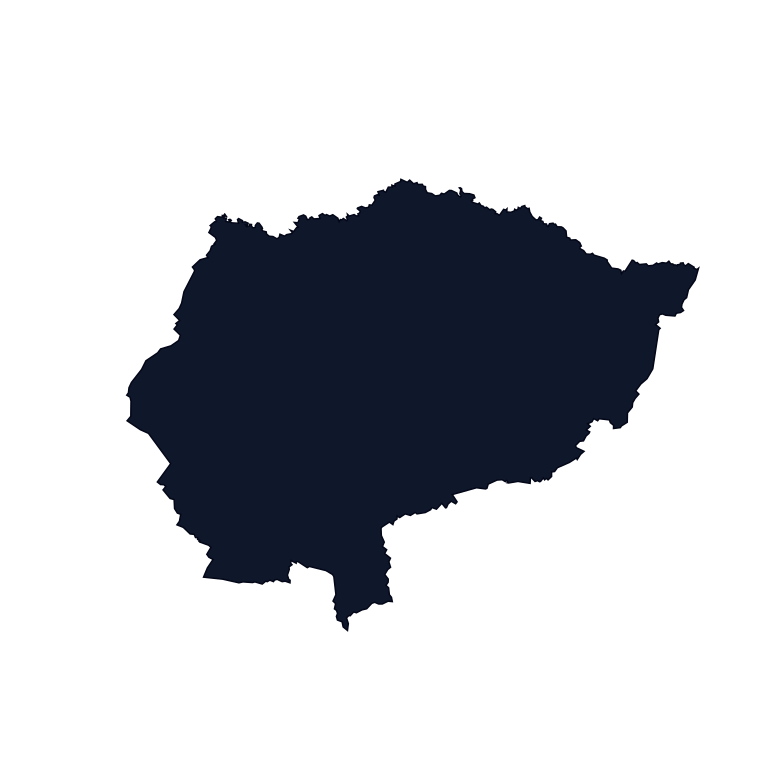 Na Chueak, Maha Sarakham, Thailand (Natural Earth projection), rotated 120°
{"feature_id": "78962969B25056088384612", "entity_name": "Na Chueak", "entity_type": "district", "adm_level": 2, "iso_a3": "THA", "parent_name": "Thailand", "parent_adm1": "Maha Sarakham", "projection": "natural_earth1", "projection_center": [102.998, 15.808], "detail": "fine", "context": "isolated", "style": "filled", "palette": "ink", "viewbox_px": 768, "rotation_deg": 120, "n_neighbors": 0, "source": "geoboundaries", "source_scale": "gbopen_adm2", "svg_char_len": 6171}
<svg xmlns="http://www.w3.org/2000/svg" viewBox="0 0 768 768"><g transform="rotate(120 384 384)"><path d="M199.6,173.2L197.7,172.7L196.7,178.6L192.9,177.2L190.0,179.7L186.2,180.0L184.1,177.9L183.6,174.4L179.6,166.0L176.5,166.2L173.8,162.9L170.6,161.3L168.9,164.7L165.8,165.9L161.1,166.3L157.9,165.1L150.1,167.5L138.3,166.5L126.5,169.5L128.3,170.2L128.9,173.5L127.8,173.8L127.6,180.7L130.8,181.8L130.8,184.0L129.5,185.5L131.1,187.7L132.4,187.4L134.1,189.6L135.1,189.2L135.3,191.7L136.4,192.3L135.6,193.8L136.6,195.8L135.2,198.7L138.1,199.8L139.8,203.8L143.1,206.7L142.9,208.4L146.7,210.3L149.6,214.3L148.8,216.9L152.8,222.5L152.2,225.5L153.3,226.4L152.3,229.5L152.7,231.0L165.7,231.6L166.4,233.2L169.7,233.5L167.1,235.8L167.3,238.8L169.8,244.8L166.3,252.0L165.0,252.7L164.9,256.2L167.4,266.5L166.6,268.8L168.4,270.1L170.3,273.8L168.7,277.7L168.7,282.1L167.2,282.8L165.9,282.1L163.7,285.2L163.2,290.0L166.1,294.5L164.8,296.1L165.6,299.2L160.4,302.9L159.2,307.2L159.3,309.1L161.3,312.6L159.8,315.4L160.6,316.2L160.2,318.0L162.4,320.8L165.6,320.6L165.8,321.4L164.2,323.3L165.5,326.0L163.8,327.7L164.3,330.3L161.7,330.5L161.6,332.7L164.7,332.8L165.9,334.4L164.8,339.4L162.2,343.7L159.3,346.2L160.3,347.1L160.3,350.1L159.1,351.3L161.4,353.4L163.8,353.7L163.9,356.0L165.6,355.4L167.3,356.3L167.3,358.2L169.0,357.7L171.8,359.9L173.6,363.7L170.8,365.1L172.5,365.6L172.9,367.7L180.1,368.4L180.0,371.5L180.9,372.8L179.0,373.4L178.4,377.1L178.9,378.7L180.3,379.3L179.6,383.6L181.1,384.9L180.4,387.2L181.0,389.0L179.6,392.0L181.2,392.6L182.5,398.4L181.8,399.8L180.8,398.9L179.5,399.9L177.2,398.4L175.4,400.7L176.4,405.0L179.0,410.0L178.3,412.7L176.0,414.6L176.0,416.3L176.5,416.8L177.2,414.7L181.3,413.4L182.4,411.2L184.0,411.5L183.5,415.0L182.2,416.4L182.7,422.4L183.7,424.2L189.4,426.8L190.1,429.6L192.7,430.1L195.5,433.7L195.2,437.9L196.8,442.2L194.8,445.3L192.3,446.8L193.0,449.0L191.9,450.6L194.3,454.5L193.1,456.1L195.8,458.5L194.6,463.7L197.7,464.7L198.3,471.7L200.4,470.9L205.3,474.5L207.2,473.5L207.9,476.6L209.4,475.4L211.4,478.7L217.1,478.3L217.3,480.5L216.5,481.3L220.5,485.4L222.9,482.7L223.5,484.5L225.9,486.3L227.5,485.9L229.2,483.5L235.2,483.9L236.2,486.3L238.7,485.7L240.8,488.2L241.4,492.2L244.8,494.9L245.5,494.8L246.2,490.9L248.2,490.6L249.6,491.7L251.0,490.1L252.3,492.0L252.2,494.6L255.9,498.0L255.3,500.5L256.6,499.4L258.2,500.1L259.7,498.0L261.2,497.9L261.0,502.0L262.8,502.5L263.4,504.0L265.9,504.0L263.5,506.9L263.0,513.0L265.7,515.0L266.0,518.5L267.5,519.4L267.2,522.5L270.6,524.5L272.6,522.1L276.1,527.3L275.4,530.1L277.2,531.2L278.2,530.7L280.0,532.5L277.8,535.7L277.8,538.2L281.5,541.3L283.5,541.4L283.4,539.7L287.4,539.2L288.9,542.4L291.1,536.7L292.3,537.9L297.1,538.5L297.6,541.9L298.6,539.4L299.8,539.0L303.3,543.0L305.7,544.1L306.3,549.0L309.5,548.1L311.8,549.3L311.8,553.9L313.4,557.3L312.9,560.6L311.1,562.1L312.1,565.6L311.3,567.2L310.2,566.9L309.1,568.2L307.2,572.6L307.8,574.2L310.9,574.7L312.7,573.8L314.3,575.4L313.6,577.7L312.1,578.5L312.9,580.3L314.4,579.5L316.4,581.7L315.5,583.6L315.0,581.7L312.7,582.1L313.0,585.3L314.7,587.5L313.3,588.2L313.4,592.6L314.8,593.1L317.5,590.3L320.6,596.5L320.5,598.4L318.6,598.1L318.4,599.7L319.4,600.7L320.0,599.4L321.4,599.4L322.3,602.4L319.1,603.5L320.4,605.6L318.4,606.3L317.6,604.5L316.5,606.9L318.5,607.2L318.9,608.3L320.5,607.5L322.3,611.9L325.3,612.7L326.6,610.7L327.7,610.8L328.2,611.8L333.7,613.8L334.0,612.4L335.6,611.7L340.4,611.4L341.3,603.4L343.3,600.7L347.5,601.2L347.5,600.3L351.0,602.2L355.4,601.2L361.2,602.1L362.5,599.7L368.4,605.4L378.5,608.4L379.9,605.2L381.2,604.5L404.0,603.4L415.2,599.7L421.1,599.1L428.9,600.6L431.1,592.7L435.7,594.5L436.1,592.5L441.4,593.3L443.6,584.7L449.0,583.6L457.5,587.6L465.3,595.0L470.2,595.6L482.9,601.8L492.6,601.2L508.9,603.5L514.7,603.0L519.5,600.9L522.3,601.2L522.4,597.3L525.4,594.5L538.6,587.1L544.3,588.1L545.4,572.2L544.5,563.3L559.6,528.9L582.2,531.3L582.8,527.2L581.3,524.4L581.9,521.7L586.2,522.4L590.1,512.0L589.0,508.0L596.6,503.1L599.1,498.4L598.5,494.9L605.2,492.5L609.5,492.9L608.5,486.2L610.8,476.9L609.1,473.2L611.2,470.5L610.3,468.6L611.8,467.7L611.5,465.4L612.6,465.7L613.0,464.6L611.3,455.2L612.0,452.2L620.1,452.3L621.6,449.0L621.4,444.3L631.5,445.0L641.5,443.7L633.7,426.2L628.7,410.2L625.9,407.2L621.7,398.6L619.9,396.8L618.1,389.4L613.8,387.8L613.6,386.3L611.0,384.8L610.4,380.9L608.6,380.8L606.6,378.9L606.1,373.4L604.2,371.0L603.2,366.0L600.9,367.2L600.9,368.7L597.8,372.1L592.0,373.3L589.9,374.8L586.5,373.3L585.9,375.2L583.4,376.2L583.1,370.5L581.6,371.3L580.8,369.4L581.4,358.6L579.3,357.4L574.6,341.0L574.7,333.3L575.9,331.1L590.5,320.3L597.5,319.6L598.4,316.1L603.5,314.5L603.8,311.9L606.0,309.5L609.1,309.0L611.7,306.3L610.9,301.4L614.8,297.9L615.7,292.4L609.3,295.1L605.3,299.5L602.1,298.7L601.6,297.4L596.6,296.3L595.9,293.5L590.6,290.1L587.3,286.6L580.0,284.9L577.7,282.9L577.2,278.7L575.4,275.5L570.1,271.9L568.3,268.0L565.0,270.9L563.8,274.0L558.2,278.1L557.4,281.6L553.6,281.3L550.8,282.8L548.6,288.1L542.8,288.0L539.4,286.7L535.6,290.9L531.6,291.3L530.5,298.7L526.2,298.8L525.5,304.1L520.8,304.7L516.6,310.5L510.5,314.4L508.9,314.3L500.9,310.3L501.3,306.0L497.7,306.8L494.5,305.3L491.8,306.6L491.8,303.6L485.9,300.7L484.6,295.4L479.6,292.7L480.0,290.5L474.7,284.0L469.6,280.8L467.0,280.7L466.2,276.0L458.4,274.3L460.5,268.8L459.8,268.1L455.9,268.5L451.9,267.2L451.9,262.1L449.5,261.8L445.6,269.6L427.6,252.0L424.1,243.6L422.9,242.7L418.6,243.7L410.7,238.1L407.8,233.8L407.9,230.1L406.2,229.6L406.9,227.8L407.9,228.0L407.5,226.7L401.4,219.3L397.0,207.8L392.2,210.2L391.3,209.7L392.9,204.5L390.8,202.6L390.9,200.5L390.1,199.7L385.7,199.1L386.7,197.0L384.6,196.4L385.0,194.0L380.3,192.6L376.4,194.9L374.5,192.5L369.8,192.0L359.2,184.2L351.9,180.4L352.8,178.9L346.7,178.6L342.3,177.1L343.0,185.5L341.7,187.4L335.8,185.9L333.5,182.8L328.0,183.0L324.3,181.8L322.6,181.9L322.7,185.8L317.5,184.2L316.6,187.7L312.7,185.0L309.1,185.1L309.0,180.6L306.5,180.3L302.4,170.9L304.3,168.6L305.0,164.5L307.8,163.0L303.6,157.5L301.6,157.4L295.5,154.2L287.3,158.7L279.8,157.5L275.8,159.3L271.0,159.3L265.3,158.2L264.1,162.6L255.7,161.6L247.9,158.9L236.5,158.8L199.6,173.2Z" fill="#0f172a" stroke="#020617" stroke-width="1.5"/></g></svg>